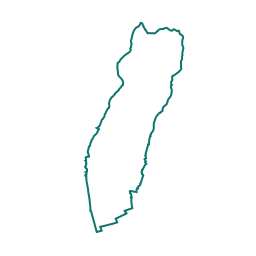 Siculeni, Harghita, Romania, rotated 109°
{"feature_id": "2599482B95661688593457", "entity_name": "Siculeni", "entity_type": "district", "adm_level": 2, "iso_a3": "ROU", "parent_name": "Romania", "parent_adm1": "Harghita", "projection": "mercator", "projection_center": [25.693, 46.43], "detail": "fine", "context": "isolated", "style": "outline", "palette": "teal", "viewbox_px": 256, "rotation_deg": 109, "n_neighbors": 0, "source": "geoboundaries", "source_scale": "gbopen_adm2", "svg_char_len": 5824}
<svg xmlns="http://www.w3.org/2000/svg" viewBox="0 0 256 256"><g transform="rotate(109 128 128)"><path d="M235.5,124.4L236.5,123.7L233.6,119.5L230.5,122.1L228.8,119.3L225.0,113.6L224.0,112.0L221.3,108.1L220.8,107.5L217.7,110.1L209.3,101.6L208.6,102.2L208.4,102.5L208.1,103.5L207.4,104.2L202.4,97.8L197.8,100.3L195.8,101.2L194.1,101.6L192.6,102.7L192.0,102.0L189.1,104.1L189.1,104.7L187.9,105.2L187.6,105.5L187.2,105.7L186.8,105.5L185.8,99.1L184.8,99.5L183.0,99.8L182.0,99.8L181.8,98.8L179.8,99.3L178.4,98.0L177.9,98.1L177.3,98.3L176.6,97.9L176.2,98.3L175.3,98.0L169.4,98.2L168.0,98.1L167.2,98.7L167.3,99.3L166.4,100.3L164.9,100.8L164.7,100.5L163.6,101.0L162.9,100.7L162.8,101.0L160.7,100.3L158.5,100.1L157.3,99.8L155.8,99.0L155.5,99.8L155.2,100.3L154.7,100.8L153.8,100.2L152.6,101.6L152.1,102.2L151.2,101.6L150.7,101.1L149.5,101.8L148.5,102.7L147.6,102.3L146.8,102.9L146.4,103.0L145.1,103.0L143.5,103.1L142.2,103.3L140.1,103.4L138.9,103.3L137.1,103.7L136.8,102.9L135.6,103.3L135.0,103.4L133.6,103.8L132.8,103.9L131.9,104.1L130.2,104.2L129.4,104.4L128.8,104.4L128.2,104.3L128.1,104.1L127.6,104.5L127.1,104.4L126.3,104.2L125.0,104.3L124.7,104.2L124.2,103.8L123.4,103.6L122.4,103.4L120.7,103.4L120.4,103.4L119.7,103.6L119.2,103.7L118.3,104.2L116.9,104.5L114.6,105.3L113.4,105.1L112.3,105.1L111.9,105.2L111.0,105.1L109.6,105.2L107.8,104.9L106.8,104.6L106.2,104.3L105.7,104.0L104.8,103.7L104.1,103.6L103.2,103.0L103.1,102.4L102.4,102.0L102.1,102.0L101.1,101.4L100.9,101.1L100.3,101.0L98.3,101.5L97.3,101.5L96.0,101.2L95.6,100.7L95.1,100.6L94.3,100.0L92.9,99.2L91.5,99.3L90.7,99.0L89.9,99.3L88.3,99.3L87.5,99.1L86.7,99.0L86.0,98.6L85.5,98.5L84.9,98.2L84.3,98.1L83.3,97.9L82.5,97.9L81.8,98.1L80.5,98.3L79.9,98.5L78.3,98.7L77.2,99.4L75.5,100.8L74.6,101.1L74.4,101.1L73.0,100.4L72.7,101.0L72.1,101.8L70.9,101.9L70.0,102.2L68.6,101.7L67.6,101.8L67.1,102.3L66.3,102.6L65.7,102.6L65.1,103.0L64.6,103.0L63.9,102.5L63.5,101.8L62.8,101.4L60.7,99.8L59.8,99.3L58.8,98.4L58.3,98.3L56.8,97.5L56.0,97.2L55.2,97.0L54.8,97.0L53.7,97.5L53.0,97.7L52.3,98.0L51.5,98.2L49.1,99.2L47.4,99.6L45.4,99.3L44.2,99.6L43.4,100.0L42.7,100.3L41.6,100.1L40.9,100.4L40.4,100.7L39.4,101.0L38.7,101.2L37.5,101.2L36.6,101.4L36.0,101.7L34.8,101.5L33.4,102.2L32.7,103.0L32.1,103.6L31.0,104.0L28.5,104.9L27.1,105.2L24.6,105.2L23.3,106.1L22.8,106.8L22.8,107.3L22.5,108.0L22.1,109.7L19.9,111.1L19.5,111.9L19.9,112.3L20.0,112.7L20.4,113.0L19.7,116.7L19.7,116.8L20.6,117.6L21.3,117.8L21.7,118.1L21.9,119.0L21.9,119.7L21.9,119.9L21.8,120.5L21.6,120.9L21.3,122.3L21.0,122.7L20.8,123.6L20.7,124.0L20.9,124.7L21.9,125.8L22.2,126.4L22.5,126.4L22.9,126.9L23.0,127.4L23.3,128.0L23.3,128.3L23.5,128.7L23.8,129.0L24.1,129.7L24.4,130.0L24.9,130.8L25.3,131.0L26.4,131.3L27.0,131.9L29.0,132.8L29.7,133.6L29.9,134.0L30.2,134.7L30.3,135.5L30.8,136.5L31.2,138.1L31.2,138.7L31.5,139.1L31.6,139.4L31.8,139.6L32.0,140.1L31.9,140.4L31.5,141.2L31.1,141.4L30.6,142.0L30.0,142.6L29.9,142.8L29.6,143.2L29.4,143.6L28.9,144.2L29.0,144.3L28.4,144.8L28.1,145.3L27.6,145.8L27.3,146.2L26.8,146.5L26.6,146.5L26.3,147.2L25.9,147.4L25.7,147.6L24.5,148.5L24.4,148.8L24.3,149.3L24.3,149.8L24.4,150.1L24.8,150.4L26.1,150.3L27.6,150.7L29.0,151.4L30.1,152.7L30.7,153.1L32.5,153.7L34.0,154.1L34.8,154.2L36.2,154.2L36.6,154.2L38.7,154.2L42.1,153.7L44.3,153.7L45.7,153.2L46.4,152.7L46.9,152.2L47.2,152.0L47.5,151.9L48.7,151.9L50.4,151.5L50.7,151.5L51.1,151.7L51.8,151.6L52.2,151.7L53.0,151.0L53.3,150.8L54.0,150.8L54.5,150.9L55.5,151.2L56.0,151.6L56.5,151.9L57.0,152.2L57.5,152.8L58.9,153.6L60.1,154.6L61.1,155.1L61.6,155.4L62.9,156.0L63.7,156.5L64.2,156.6L64.9,157.0L66.3,157.5L67.7,157.6L68.3,157.9L68.8,158.0L69.1,158.2L69.2,158.4L69.4,158.8L69.7,158.9L70.3,159.0L71.4,158.5L72.1,158.3L72.5,158.4L73.8,157.8L75.0,157.5L75.9,157.1L76.7,156.5L77.3,156.2L78.5,155.7L79.1,155.5L79.5,155.3L79.9,155.2L80.7,154.8L81.3,154.2L82.1,153.2L83.2,151.0L84.3,149.1L84.7,148.8L85.2,148.3L86.3,147.7L86.8,147.3L87.2,147.1L88.4,147.0L89.0,146.8L89.3,146.9L89.9,147.4L90.5,147.8L91.2,147.7L91.8,148.0L92.0,148.1L92.9,148.4L94.3,149.1L94.7,149.0L96.5,149.7L97.1,150.2L98.0,150.6L99.0,151.2L100.0,151.5L100.9,151.7L102.5,152.3L103.8,153.0L104.5,153.6L105.2,153.8L105.7,153.8L106.4,153.9L106.6,154.1L107.4,154.2L108.4,154.3L109.5,154.0L110.0,154.1L110.5,153.9L111.3,153.9L112.8,152.9L113.9,152.7L114.9,152.5L115.0,152.8L115.8,153.0L116.2,153.4L117.0,153.4L117.5,153.6L118.5,153.7L119.5,154.0L121.1,154.0L121.9,154.2L122.6,154.4L124.0,154.2L124.8,154.0L127.3,154.8L127.6,154.7L128.4,155.3L128.9,155.5L129.7,155.5L131.0,155.3L132.8,155.5L133.6,155.4L134.8,155.4L135.2,155.6L135.5,156.0L136.1,156.0L136.4,156.1L136.6,156.2L137.0,156.6L138.0,157.1L138.2,157.4L138.5,156.3L138.5,155.1L138.9,155.1L140.3,155.6L141.1,155.6L142.0,155.6L142.7,155.7L143.8,156.1L145.8,157.1L146.9,157.7L148.0,157.7L148.4,157.7L150.7,158.2L151.3,158.5L153.1,158.3L153.5,158.5L155.3,158.5L156.0,158.3L157.2,158.4L157.7,158.2L158.4,158.9L159.1,158.9L160.3,158.5L161.3,158.5L162.3,158.5L163.8,158.3L164.2,158.1L164.5,157.8L164.8,157.3L165.1,157.1L165.6,156.9L166.6,156.4L166.7,156.0L167.0,155.7L167.9,155.6L168.9,157.9L169.0,158.1L169.7,158.1L170.0,158.3L170.2,158.2L170.7,158.0L171.1,157.6L171.6,157.3L172.3,157.1L172.8,157.2L172.9,157.4L173.2,156.9L174.2,156.4L174.6,156.0L174.9,156.1L175.1,155.9L175.4,155.9L176.3,155.6L177.1,155.7L177.5,155.5L178.0,155.7L178.5,156.0L178.8,155.9L179.0,155.7L179.4,154.9L179.8,154.6L179.9,154.3L180.1,153.9L180.3,153.4L182.1,152.7L182.8,152.8L182.9,153.1L183.2,153.4L183.2,153.0L183.4,152.7L183.5,152.6L184.2,152.7L184.6,152.5L184.8,152.6L185.2,152.3L185.6,152.3L185.7,152.1L186.2,152.0L186.4,152.1L186.4,152.5L186.5,153.0L187.2,152.7L187.8,151.4L189.8,150.8L192.6,149.4L198.5,146.1L201.9,144.5L207.3,141.5L215.3,137.8L218.4,136.6L218.2,136.2L233.1,126.0L235.5,124.4Z" fill="none" stroke="#0f766e" stroke-width="2"/></g></svg>